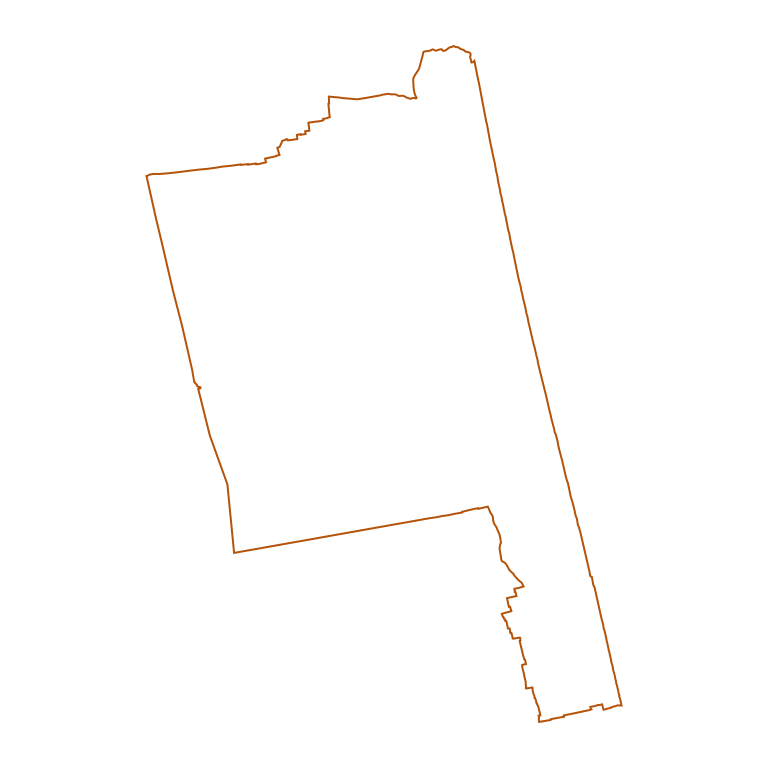 Ranot, Thailand
{"feature_id": "78962969B50456220611467", "entity_name": "Ranot", "entity_type": "district", "adm_level": 2, "iso_a3": "THA", "parent_name": "Thailand", "parent_adm1": "", "projection": "albers", "projection_center": [100.333, 7.777], "detail": "fine", "context": "isolated", "style": "outline", "palette": "amber", "viewbox_px": 768, "rotation_deg": 0, "n_neighbors": 0, "source": "geoboundaries", "source_scale": "gbopen_adm2", "svg_char_len": 5913}
<svg xmlns="http://www.w3.org/2000/svg" viewBox="0 0 768 768"><path d="M146.5,176.0L155.8,217.6L162.4,245.1L172.9,290.4L182.1,325.9L192.2,370.1L194.2,381.8L194.3,381.8L194.9,382.5L194.9,382.9L195.5,383.5L196.4,384.2L196.4,384.5L196.9,384.9L197.0,385.1L196.9,385.7L197.7,386.4L199.7,387.0L200.5,387.4L200.5,387.6L200.2,387.7L200.2,388.2L199.8,388.1L199.2,388.7L198.7,388.5L198.4,388.5L198.2,388.8L209.8,435.4L227.4,484.4L234.1,552.9L429.6,518.2L436.7,517.2L442.4,516.0L447.7,515.3L455.8,513.6L462.3,512.5L462.2,511.8L471.5,509.5L475.1,508.7L478.3,508.2L478.4,508.8L487.8,506.6L489.0,509.2L490.5,512.9L491.9,514.8L492.4,515.6L492.8,516.9L493.1,520.4L493.9,523.0L494.5,524.3L495.8,526.2L496.6,527.6L497.9,530.9L499.1,533.5L499.9,535.9L500.4,538.7L501.0,542.8L500.4,543.8L500.0,545.3L499.6,548.1L499.6,549.4L500.1,551.7L501.1,558.3L501.7,560.9L502.2,561.3L504.8,562.7L506.0,564.0L506.7,565.0L508.7,568.8L509.7,570.4L513.3,573.8L514.4,575.6L518.5,580.2L521.5,582.6L522.2,583.7L523.6,586.5L517.7,588.2L514.4,588.7L514.3,588.8L514.8,592.0L515.4,591.8L516.5,596.0L507.0,598.1L508.8,606.7L509.0,606.9L509.9,606.6L510.1,606.7L510.7,609.0L511.4,610.9L511.4,611.1L501.8,613.8L503.0,617.1L503.6,617.2L504.1,618.9L504.8,619.1L505.3,620.9L506.1,620.8L506.3,620.9L508.0,628.6L509.6,628.4L509.7,628.5L510.2,630.7L510.0,631.2L510.3,632.9L510.4,633.1L511.3,632.9L511.5,633.0L512.4,636.9L512.7,637.5L512.5,638.0L512.7,638.5L512.8,638.6L513.2,638.7L519.8,637.6L520.1,637.7L520.1,637.9L520.3,638.9L520.3,639.7L520.4,640.5L520.2,640.7L519.7,640.9L519.7,641.4L520.0,642.3L523.1,655.3L523.4,656.2L524.0,658.7L524.4,659.4L525.0,659.7L526.0,664.0L522.2,664.9L522.2,666.3L522.6,668.7L524.0,674.1L524.6,677.4L525.7,681.8L525.7,684.1L526.2,687.1L525.8,688.0L525.9,688.3L526.2,688.5L530.0,687.9L532.2,687.4L532.5,687.6L532.7,688.6L532.5,689.8L533.3,693.2L533.6,694.3L534.1,695.1L534.6,697.4L534.7,698.0L535.0,698.0L535.8,699.9L536.6,703.5L537.0,703.6L537.4,705.1L538.1,706.0L540.0,713.5L540.3,715.4L538.6,715.7L539.0,717.9L539.0,718.3L538.8,718.6L539.1,721.9L550.6,720.0L550.7,719.9L550.7,719.3L551.1,719.1L561.9,717.1L564.0,716.8L563.8,715.4L573.3,713.5L589.2,710.1L591.3,709.4L590.9,708.9L590.3,707.0L592.8,706.4L595.0,706.1L597.5,705.1L600.2,704.9L602.0,704.3L602.6,705.9L602.9,707.7L603.3,709.0L603.5,709.4L603.6,709.7L611.4,707.6L611.4,707.3L613.1,706.7L615.8,706.0L617.0,705.5L618.3,705.4L621.5,705.5L621.2,704.7L621.2,703.3L620.6,702.0L620.6,700.8L619.2,696.1L619.2,695.5L619.4,695.1L619.1,694.8L618.7,693.4L618.1,690.2L617.4,687.5L617.2,686.1L616.3,683.5L615.8,680.4L615.6,679.9L614.3,673.6L614.0,672.4L613.7,672.0L613.4,671.0L613.3,670.2L612.9,668.9L612.8,667.2L612.0,664.1L611.5,662.5L611.2,661.9L611.1,660.2L609.7,654.2L609.5,652.8L609.2,651.5L608.9,650.8L608.6,649.9L608.6,648.8L608.2,647.7L608.1,646.4L607.9,646.1L607.1,642.1L606.7,641.0L606.1,637.4L604.7,631.3L604.4,630.2L603.9,629.1L603.6,628.1L603.3,625.2L601.5,618.5L594.7,588.1L594.6,587.4L593.9,586.4L593.2,584.5L591.9,577.1L591.6,576.8L590.7,576.5L590.2,575.8L590.1,575.5L589.7,572.6L585.6,554.8L580.1,531.2L579.3,528.8L579.1,527.6L577.9,525.0L577.0,519.4L576.5,517.6L575.6,515.6L574.7,511.0L572.8,503.3L570.6,496.0L568.6,486.2L567.9,483.2L567.8,482.4L567.5,482.1L566.7,479.8L565.7,476.0L562.3,461.3L562.4,460.5L562.2,460.1L561.9,459.7L560.5,454.5L558.8,447.8L558.0,444.2L557.9,442.8L555.8,434.3L555.2,433.4L554.8,432.4L554.1,428.9L551.3,418.4L550.6,414.9L549.7,411.6L546.1,395.8L541.5,377.4L540.8,374.2L540.5,373.5L540.1,371.7L539.1,367.8L537.8,362.1L537.8,361.3L537.0,357.4L536.5,356.1L534.6,347.4L533.5,344.1L533.4,342.9L532.6,339.8L531.8,336.3L531.4,334.9L529.8,327.7L528.8,323.8L527.2,315.7L526.4,313.4L526.3,312.5L525.1,306.5L523.1,298.3L522.1,293.5L521.3,290.8L521.3,290.1L520.2,284.6L519.8,283.6L518.3,277.5L514.6,259.6L514.5,258.7L513.9,256.3L513.6,254.1L512.1,248.0L510.2,239.1L509.1,232.5L508.3,230.7L506.8,222.6L506.2,220.1L506.1,218.9L505.4,215.7L504.6,213.1L504.6,211.9L504.0,209.9L503.5,206.9L501.9,199.6L501.5,196.9L500.4,193.2L500.0,189.9L498.1,181.3L497.3,175.9L496.2,171.5L494.8,163.3L493.4,157.2L489.9,140.5L487.0,124.4L486.2,121.5L479.0,83.4L477.0,74.3L476.2,69.8L475.3,65.7L474.8,62.6L474.3,60.9L473.7,61.7L473.2,62.1L471.7,62.5L471.4,62.4L471.2,62.2L471.1,60.2L470.3,58.3L470.2,57.4L470.2,56.6L470.6,55.2L470.6,54.3L470.4,53.6L470.0,53.0L469.6,52.7L468.5,52.2L465.7,51.7L463.7,50.0L460.4,48.9L458.4,47.4L457.9,47.2L455.8,47.1L454.2,46.2L453.7,46.1L453.1,46.2L451.9,47.0L450.5,47.1L449.7,47.4L447.4,48.9L446.0,50.2L443.6,50.9L443.0,50.8L441.8,49.4L441.0,49.2L438.1,49.9L436.9,50.4L435.9,50.7L435.0,50.5L433.8,49.8L432.8,49.4L432.0,49.6L430.5,50.5L429.6,50.8L425.0,51.4L423.6,51.8L423.3,52.4L422.8,54.9L419.3,68.0L418.4,69.9L415.0,75.0L413.5,78.0L413.2,79.3L413.2,81.0L413.7,88.7L414.4,92.7L415.6,96.2L416.6,97.8L416.4,98.1L415.9,98.4L415.4,98.4L414.2,98.1L412.6,98.0L411.8,98.2L410.8,98.8L410.2,98.8L406.0,97.3L404.8,96.5L403.2,95.8L400.9,95.8L399.8,96.0L399.0,95.9L398.1,95.7L396.0,94.5L394.8,94.3L390.9,94.3L387.8,93.8L386.6,94.0L385.6,94.3L383.4,94.5L380.1,95.4L364.9,98.1L360.2,98.8L357.6,99.3L353.0,99.0L350.3,98.7L342.7,98.1L338.8,97.5L328.9,96.6L328.9,98.5L329.1,103.5L328.5,103.6L328.4,103.8L329.5,115.5L329.8,117.2L328.0,117.7L327.1,118.1L323.2,118.9L323.5,119.9L323.3,120.3L318.3,121.5L317.8,121.5L317.7,121.4L316.6,121.5L308.4,122.7L309.4,130.7L305.2,131.2L305.6,134.0L300.7,134.8L300.6,134.2L296.9,134.9L297.4,138.9L297.3,139.1L287.8,140.4L287.6,140.3L287.5,139.3L287.3,139.2L285.7,139.4L285.3,139.9L282.2,140.9L281.3,143.4L279.5,147.1L277.4,147.7L277.3,147.9L279.5,154.9L279.5,155.0L276.6,155.6L276.5,156.0L276.0,156.2L265.1,158.6L266.0,162.3L258.5,164.1L255.9,164.2L255.8,163.5L248.1,164.7L248.1,164.1L240.7,164.9L240.7,164.4L231.7,165.7L221.5,166.7L217.3,167.5L207.8,168.8L197.2,169.8L176.9,172.3L168.2,173.3L159.2,174.0L153.4,173.9L149.4,174.7L147.6,175.8L146.9,175.8L146.5,176.0Z" fill="none" stroke="#b45309" stroke-width="2"/></svg>